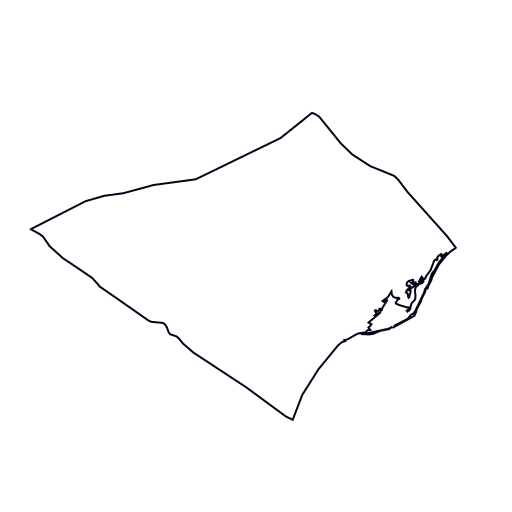 Shamal Sina', Mercator projection, rotated 144°
{"feature_id": "EGY-1558", "entity_name": "Shamal Sina'", "entity_type": "Governorate", "adm_level": 1, "iso_a3": "EGY", "parent_name": "Egypt", "parent_adm1": "", "projection": "mercator", "projection_center": [33.332, 30.402], "detail": "fine", "context": "isolated", "style": "outline", "palette": "ink", "viewbox_px": 512, "rotation_deg": 144, "n_neighbors": 0, "source": "natural_earth", "source_scale": "10m", "svg_char_len": 3111}
<svg xmlns="http://www.w3.org/2000/svg" viewBox="0 0 512 512"><g transform="rotate(144 256 256)"><path d="M329.6,119.5L331.1,124.1L336.8,142.0L341.4,156.4L347.0,171.1L354.4,190.8L363.4,214.6L366.5,228.0L366.9,235.0L367.7,237.9L370.0,241.1L371.5,243.2L371.5,245.5L370.1,250.5L369.8,253.5L370.1,255.4L371.1,257.0L379.1,264.0L380.7,266.4L385.5,280.3L394.1,305.2L399.8,321.4L400.2,322.3L400.4,323.3L400.5,324.3L400.4,325.3L401.4,334.5L407.7,352.0L413.5,367.8L417.2,385.1L416.9,396.6L418.0,400.6L421.3,407.6L422.5,410.0L422.4,410.1L361.6,400.5L343.4,393.9L326.5,384.8L297.0,373.6L259.7,353.5L166.8,337.0L126.6,338.9L125.6,337.4L124.3,335.1L123.0,331.6L121.2,297.3L118.5,281.7L110.8,261.6L97.4,240.1L97.1,239.5L96.6,237.2L96.1,233.7L95.8,218.7L89.8,159.9L89.5,145.2L89.8,145.1L96.2,145.3L102.3,144.5L113.1,141.6L126.1,135.2L128.6,133.3L134.6,130.2L136.2,129.0L137.2,129.0L137.2,130.3L132.5,132.1L124.4,138.2L119.7,139.6L111.7,143.3L99.2,146.5L106.3,146.5L106.3,147.7L104.2,148.8L108.7,148.8L110.3,148.2L111.3,146.5L112.2,146.5L112.3,147.5L112.8,147.7L113.4,147.5L114.2,147.7L123.2,141.9L130.7,139.5L132.2,138.3L133.1,138.3L133.7,139.2L135.8,139.7L135.3,140.6L134.2,140.7L134.2,141.9L135.7,141.3L139.2,139.6L139.2,138.3L135.2,138.3L135.2,137.2L137.2,136.4L139.6,137.1L141.9,138.7L143.2,140.7L143.6,141.7L143.9,143.4L144.2,144.2L142.1,144.2L147.0,146.0L149.2,145.9L151.2,144.2L151.2,142.9L149.8,142.1L149.1,141.9L149.1,140.7L154.8,139.3L156.2,138.3L155.4,137.0L155.7,135.8L156.5,134.4L157.1,132.5L156.2,132.5L155.2,133.6L152.2,136.0L151.7,136.6L151.2,137.1L151.2,137.6L152.2,138.3L150.2,138.7L146.9,138.7L143.5,138.2L141.1,137.2L145.5,136.8L148.0,134.2L149.9,130.8L152.2,127.8L153.9,127.0L157.5,126.4L159.2,125.5L162.0,122.8L163.7,122.0L166.2,122.0L166.2,123.2L162.1,123.2L162.1,124.3L164.0,125.6L169.2,132.5L170.8,135.4L170.1,136.3L168.3,136.8L166.2,138.3L166.0,137.9L166.0,137.4L165.8,137.1L165.1,137.2L165.1,138.3L167.6,140.0L168.9,142.2L168.8,144.8L167.2,147.7L172.4,145.6L175.1,144.9L177.0,145.3L178.0,145.1L178.7,145.1L180.0,145.3L180.0,144.2L178.0,142.9L177.0,142.9L177.0,144.2L176.2,144.2L176.2,142.9L183.9,139.9L186.0,138.3L187.1,138.3L186.0,139.6L187.1,140.7L188.1,139.8L189.3,139.7L190.4,140.4L191.0,141.9L192.0,141.9L192.2,140.4L192.1,138.7L191.9,138.5L194.0,138.3L192.7,137.6L191.2,137.8L189.8,137.6L188.1,137.2L204.1,136.0L202.8,132.9L204.7,132.3L207.0,132.1L207.0,129.0L208.5,129.8L209.0,130.3L210.0,130.3L212.0,129.7L217.8,132.8L220.5,133.6L231.2,134.8L234.0,136.0L234.0,134.8L237.3,135.8L242.1,135.5L272.2,127.6L300.3,116.4L322.3,102.1L322.6,101.9L326.1,108.5L327.0,111.3L329.6,119.5ZM159.2,116.8L163.0,114.5L186.0,117.4L185.1,118.1L183.2,118.1L178.7,117.3L174.4,116.6L170.1,116.0L165.1,117.4L162.7,116.9L158.9,118.2L141.4,127.7L138.3,130.3L140.0,127.7L143.4,126.0L146.2,124.5L148.0,123.4L149.9,122.0L157.5,118.4L159.2,116.8ZM202.5,123.2L206.9,124.1L210.8,126.2L217.1,131.3L213.9,129.1L191.3,119.2L187.1,118.6L191.6,118.7L199.1,122.3L202.5,123.2ZM144.7,141.5L144.2,140.7L143.4,140.7L144.4,139.9L145.3,140.1L145.9,141.2L146.2,142.9L144.7,141.5Z" fill="none" stroke="#020617" stroke-width="2"/></g></svg>